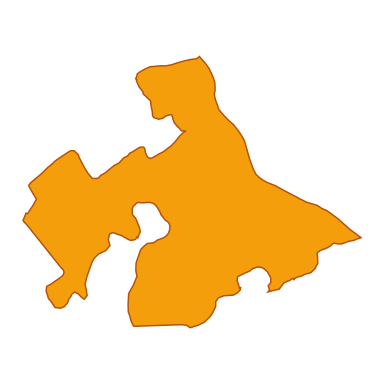 Al-Rahmaniyya, Al Buhayrah, Egypt
{"feature_id": "37247803B62002284809719", "entity_name": "Al-Rahmaniyya", "entity_type": "district", "adm_level": 2, "iso_a3": "EGY", "parent_name": "Egypt", "parent_adm1": "Al Buhayrah", "projection": "albers", "projection_center": [30.587, 31.107], "detail": "fine", "context": "isolated", "style": "filled", "palette": "amber", "viewbox_px": 384, "rotation_deg": 0, "n_neighbors": 0, "source": "geoboundaries", "source_scale": "gbopen_adm2", "svg_char_len": 5952}
<svg xmlns="http://www.w3.org/2000/svg" viewBox="0 0 384 384"><path d="M28.6,185.6L30.7,189.4L31.5,190.9L33.3,194.0L35.7,197.9L36.5,199.2L34.5,202.5L33.3,204.9L31.6,207.5L31.0,208.3L28.8,211.7L27.5,213.6L25.9,213.2L25.0,215.8L23.0,220.4L24.7,222.7L25.7,223.6L26.8,224.8L27.4,225.5L28.2,226.5L29.5,228.0L31.3,230.4L34.6,234.5L38.5,239.4L40.5,241.9L44.9,247.4L51.5,255.7L53.8,258.6L57.7,263.5L61.5,268.3L62.0,268.7L63.2,269.7L64.0,271.9L63.9,272.7L63.5,273.9L62.7,275.6L62.3,275.9L60.8,277.1L59.0,278.5L56.8,280.1L55.6,280.8L54.8,281.4L53.4,282.4L51.3,283.9L46.7,286.4L46.1,291.1L47.4,295.0L48.5,298.6L50.9,301.3L55.0,307.5L60.6,308.2L64.7,306.5L65.4,305.1L65.9,304.6L66.5,304.2L67.0,303.6L67.3,303.1L68.5,300.5L69.1,298.7L70.5,296.9L71.0,296.3L71.3,295.4L72.1,293.9L74.7,292.1L78.3,293.9L80.9,296.7L84.2,299.3L85.2,298.1L85.7,297.4L87.1,295.6L86.4,290.3L85.0,284.1L85.6,282.2L86.9,276.6L88.1,273.2L89.9,268.2L92.0,262.3L94.5,257.9L98.5,254.1L105.6,250.7L110.0,245.6L108.3,239.7L109.6,233.8L111.7,233.2L113.0,232.7L114.7,233.1L117.0,234.1L122.2,235.8L122.7,236.2L123.9,237.1L125.8,237.9L126.9,238.7L130.0,240.2L131.7,240.3L133.5,239.9L135.5,239.5L136.7,237.2L137.8,237.9L138.3,236.5L139.0,234.5L140.2,232.2L140.0,230.2L139.9,229.3L138.9,226.4L136.9,221.2L135.5,218.1L133.9,216.3L132.5,214.7L132.3,213.0L132.2,211.3L132.3,209.9L132.4,208.2L132.7,207.6L133.4,206.3L136.3,203.4L137.8,202.5L140.2,202.7L141.9,202.8L142.5,202.8L144.5,202.7L146.4,202.5L147.0,202.5L149.6,202.4L150.4,202.6L152.6,203.2L153.7,203.7L154.5,204.4L155.9,205.5L157.6,207.9L159.6,211.4L160.0,212.2L160.5,213.3L160.9,214.6L164.4,219.0L165.3,220.2L167.1,221.5L168.3,222.3L168.8,223.0L169.3,224.1L170.0,226.2L169.8,229.7L169.3,230.4L168.8,232.6L167.7,234.3L167.0,235.0L166.0,236.1L165.4,236.5L163.2,238.0L162.6,238.2L159.5,239.3L157.3,240.1L155.7,241.4L153.7,242.6L152.3,242.9L147.3,243.5L145.9,244.7L143.6,246.5L140.8,249.4L139.9,251.8L138.9,254.7L137.3,259.3L136.8,261.0L136.1,262.9L136.0,265.1L135.9,268.0L135.8,270.4L136.2,272.5L136.7,274.9L137.0,276.4L135.8,279.2L133.6,284.6L128.7,293.5L128.3,300.1L128.1,304.7L128.3,311.9L129.8,315.9L130.7,319.7L131.9,322.9L133.7,326.3L180.8,324.7L181.7,324.8L182.5,324.8L183.4,324.9L185.8,325.2L186.9,325.6L187.9,326.0L189.6,327.5L191.4,327.5L193.6,326.5L196.1,325.9L197.9,325.4L204.2,322.3L209.6,317.1L212.1,313.8L215.6,306.7L215.8,301.5L218.3,298.0L223.7,295.8L233.4,295.1L235.3,294.1L237.2,293.0L239.5,290.8L240.2,290.0L240.6,287.7L239.6,288.3L239.2,287.2L239.1,286.5L238.5,284.9L238.4,283.7L237.2,281.3L237.0,280.7L237.5,278.3L237.5,277.4L237.7,276.8L239.0,276.0L240.1,275.4L240.9,275.0L242.2,274.4L243.6,273.8L244.9,273.1L246.4,272.4L247.7,271.9L248.7,271.5L250.0,270.9L251.2,269.8L252.3,269.1L252.9,268.5L253.8,268.2L254.8,268.1L255.7,267.6L257.6,267.0L260.1,267.2L261.8,267.5L264.0,268.8L264.8,269.5L266.9,271.4L267.4,271.8L269.5,275.5L270.7,278.0L270.8,280.1L270.8,281.2L270.7,282.3L270.6,282.9L269.9,283.7L269.0,284.7L268.4,285.3L268.2,285.9L268.6,287.1L269.3,289.2L269.6,289.8L268.0,291.9L272.2,290.8L279.3,289.1L282.7,284.5L283.4,283.6L283.8,283.0L285.7,282.1L286.6,281.5L287.3,281.3L288.4,281.0L289.1,280.7L290.6,279.8L291.3,279.4L292.9,278.4L294.1,279.6L294.9,278.2L296.6,277.5L297.6,277.1L298.6,276.7L299.8,276.5L300.8,276.3L301.6,275.9L302.4,275.5L303.2,275.1L305.3,274.2L309.3,273.1L310.9,272.6L312.7,270.9L314.8,268.9L315.9,266.8L316.9,265.0L317.7,263.6L317.7,261.0L317.6,257.0L317.0,254.0L317.5,252.7L320.0,250.7L323.3,249.2L325.0,248.9L327.3,247.7L330.0,246.2L333.9,243.1L337.6,243.9L339.8,243.9L341.8,243.9L344.4,242.9L345.6,242.5L347.2,241.9L348.1,241.5L349.0,241.3L350.5,240.9L353.5,240.5L355.7,239.5L357.4,238.8L360.4,237.9L361.0,237.7L349.7,229.2L338.0,218.8L327.2,210.8L321.6,208.3L317.2,205.4L306.0,202.0L294.5,196.0L285.5,191.3L274.9,185.5L266.4,182.2L260.3,178.4L256.1,174.5L253.4,169.5L249.5,158.7L244.6,141.3L243.0,137.9L238.8,131.4L233.1,124.2L229.5,121.2L223.7,115.3L218.7,109.3L217.5,105.2L215.5,100.1L214.9,97.3L214.5,95.7L214.4,93.5L215.1,90.1L215.0,86.6L214.8,82.7L213.6,78.6L211.8,74.2L209.1,68.6L205.6,63.6L199.4,56.5L198.9,57.0L197.8,57.8L196.4,58.8L189.8,59.6L186.8,60.3L181.1,61.8L179.9,62.1L178.5,62.5L174.9,63.6L172.3,64.6L170.8,64.9L167.3,65.6L165.1,65.8L162.8,65.8L161.9,65.8L158.7,66.0L157.9,66.1L157.1,66.1L155.0,66.3L152.0,66.6L150.2,66.7L147.0,68.1L145.7,68.7L143.1,70.1L138.9,72.5L137.3,73.9L137.1,74.7L136.4,77.3L136.0,78.0L135.6,78.7L136.4,79.1L136.5,80.0L136.6,81.3L139.3,87.2L141.9,90.4L142.9,91.9L143.3,94.0L147.2,97.7L150.4,100.7L150.7,102.7L151.5,108.4L151.8,109.3L152.2,111.1L152.4,112.9L152.6,115.8L153.8,117.6L158.7,119.2L161.5,118.6L162.4,118.4L163.5,117.7L164.4,117.1L165.9,116.1L166.4,115.8L169.9,114.8L171.7,114.8L173.8,121.7L174.1,122.1L175.4,124.2L177.5,126.6L178.3,127.3L179.1,128.1L181.7,131.0L183.0,130.9L184.1,130.8L185.3,131.1L182.5,133.4L179.7,135.9L179.4,136.4L178.2,137.9L176.8,139.6L174.8,142.1L173.6,143.3L172.6,144.3L171.6,145.4L170.1,146.6L169.5,147.0L168.2,148.0L165.5,150.2L164.5,150.9L162.9,152.0L161.2,152.8L160.6,153.1L159.2,153.8L157.6,154.8L156.8,155.3L155.7,155.9L154.4,156.7L152.5,157.7L151.6,158.0L150.4,158.4L149.0,157.9L148.1,157.5L147.3,156.5L146.7,155.5L146.3,154.8L145.8,153.5L145.5,152.8L145.1,150.6L144.6,148.2L143.5,147.1L139.9,147.2L138.1,148.3L135.2,150.1L132.6,151.8L129.7,153.2L128.6,154.6L127.5,155.9L126.7,156.5L125.7,156.9L124.1,157.6L122.5,159.2L119.0,163.0L116.3,164.4L114.6,165.2L109.5,169.2L107.0,171.5L104.0,173.6L102.7,174.3L101.3,174.9L99.9,176.3L98.1,178.3L95.2,178.4L92.3,178.5L90.7,176.5L89.0,174.5L88.1,173.5L87.2,172.1L86.1,170.3L84.6,167.8L83.4,165.8L82.1,163.1L80.8,160.7L80.1,159.3L79.2,157.6L78.3,154.9L77.4,153.9L76.6,153.1L74.2,150.8L72.7,150.7L70.9,150.6L68.4,152.0L65.8,153.7L63.4,155.4L57.4,159.3L54.9,161.2L52.2,163.9L50.8,165.0L47.8,167.5L45.2,170.0L42.7,172.5L40.1,174.9L37.7,176.8L36.0,178.3L35.2,178.9L33.3,180.6L31.8,181.8L30.5,183.0L29.1,184.9L28.6,185.6Z" fill="#f59e0b" stroke="#b45309" stroke-width="1.5"/></svg>